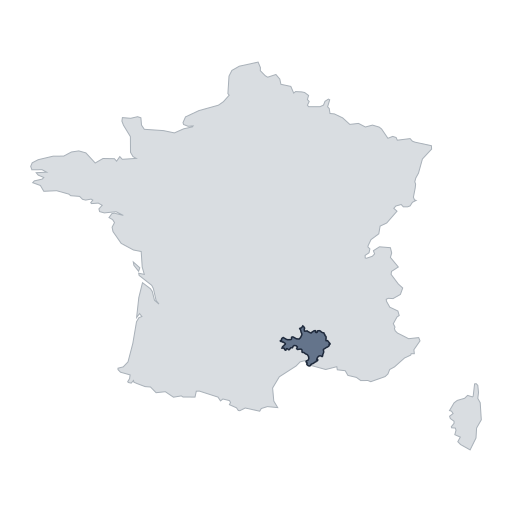 France, with Gard highlighted
{"feature_id": "FRA-5293", "entity_name": "Gard", "entity_type": "Metropolitan department", "adm_level": 1, "iso_a3": "FRA", "parent_name": "France", "parent_adm1": "", "projection": "natural_earth1", "projection_center": [4.221, 43.959], "detail": "fine", "context": "in_parent", "style": "filled", "palette": "slate", "viewbox_px": 512, "rotation_deg": 0, "n_neighbors": 0, "source": "natural_earth", "source_scale": "10m", "svg_char_len": 7113}
<svg xmlns="http://www.w3.org/2000/svg" viewBox="0 0 512 512"><path d="M416.1,200.4L412.4,202.3L410.1,205.9L407.7,206.8L403.3,206.8L401.2,204.5L395.9,206.0L393.8,208.3L397.0,211.2L386.7,223.0L380.1,226.1L378.8,233.8L371.0,239.6L368.1,245.7L367.9,246.9L369.9,248.9L369.0,252.8L365.1,255.4L365.2,257.9L366.3,258.3L372.3,256.3L374.6,253.9L373.4,250.7L379.5,246.8L390.4,247.7L391.7,253.0L390.4,257.4L398.3,267.0L391.5,271.4L391.1,274.4L398.3,284.0L402.7,288.0L400.4,294.4L393.0,298.6L388.3,298.3L386.2,299.3L386.5,301.3L389.8,307.2L397.9,311.0L399.2,315.5L397.0,317.0L393.3,323.7L395.0,327.1L394.4,328.5L395.2,330.8L397.4,333.0L408.6,338.7L418.7,337.6L420.0,340.9L413.9,349.7L414.3,353.7L411.2,353.7L410.7,355.1L404.5,358.0L394.5,366.9L389.7,369.5L387.9,374.0L385.1,376.6L370.7,381.7L367.9,380.5L360.8,380.6L356.4,377.4L347.9,375.4L345.2,370.7L337.3,369.8L336.8,366.7L325.7,369.5L310.1,365.2L304.7,360.7L300.1,361.9L296.1,366.0L279.3,376.8L272.6,388.0L273.8,401.1L277.7,407.6L267.4,406.6L261.3,408.5L259.7,411.2L245.2,408.0L239.8,410.7L238.3,410.5L236.5,407.8L229.4,404.7L230.5,402.5L229.5,400.6L222.9,399.0L220.5,400.9L218.0,397.1L199.4,391.1L196.3,391.2L195.0,397.1L183.0,397.0L181.3,395.9L173.5,397.2L165.3,391.7L156.1,392.7L150.5,387.0L145.1,386.6L137.4,383.7L133.9,382.2L133.5,380.5L131.2,383.1L128.3,382.5L127.7,381.7L129.6,378.6L130.1,374.9L120.5,372.2L118.0,369.6L118.0,368.2L123.2,366.9L128.0,361.9L132.8,343.5L136.5,321.8L138.9,317.7L141.9,316.5L139.6,313.6L136.6,317.5L138.8,297.6L142.5,282.7L150.5,288.8L152.3,291.5L154.5,300.3L159.0,304.1L156.1,300.5L153.4,288.6L151.7,285.3L139.1,275.4L138.7,273.2L144.3,274.4L142.2,267.0L141.2,251.5L133.5,250.0L121.2,243.4L113.0,231.6L112.1,227.2L114.5,222.6L112.6,219.6L109.0,217.6L111.9,213.6L114.5,213.2L123.3,215.4L116.1,211.7L104.3,212.9L99.6,211.6L98.9,208.9L102.2,205.3L98.3,203.1L91.5,203.6L90.7,202.7L92.8,200.1L91.1,199.1L85.6,200.1L82.5,199.3L79.6,196.4L70.7,195.7L68.8,194.1L56.6,190.7L43.8,191.3L40.4,185.5L32.7,182.7L34.3,180.9L42.2,179.1L43.8,177.5L38.2,175.1L36.2,172.7L46.7,172.2L42.1,169.7L31.9,169.8L30.7,166.4L32.2,162.8L38.2,159.7L53.0,156.2L63.7,156.1L71.4,152.0L78.8,150.9L85.9,152.9L95.2,163.0L103.0,158.5L114.4,158.7L116.6,161.2L119.8,156.6L122.3,159.3L136.2,158.4L133.0,156.6L130.5,152.3L130.4,136.6L123.5,125.3L121.9,121.1L122.4,117.6L130.7,118.3L137.6,116.7L140.9,117.8L141.5,125.1L144.3,129.3L163.4,130.6L174.4,132.9L183.7,128.8L192.4,126.9L193.1,125.9L188.1,126.3L183.6,124.5L183.0,122.6L185.5,116.9L198.9,110.6L218.4,105.2L223.4,101.7L229.2,95.2L227.9,93.6L229.0,76.1L231.9,70.4L239.3,66.2L258.1,62.1L260.4,67.6L260.3,70.7L265.2,75.7L267.7,77.2L275.9,74.5L279.8,79.1L280.9,84.3L290.8,86.4L293.7,93.1L295.5,91.6L301.7,91.9L304.6,92.5L308.6,95.5L307.4,99.5L309.2,101.5L307.4,105.2L308.7,106.7L320.0,106.7L323.5,105.1L325.0,101.3L328.4,99.1L329.7,99.8L327.6,106.8L329.2,108.5L330.0,113.5L334.3,113.9L342.7,117.9L349.8,124.4L358.5,123.4L365.4,127.0L372.5,125.1L379.2,127.1L381.6,129.0L387.9,138.3L392.7,136.4L396.1,137.5L397.3,140.2L410.1,138.6L412.4,141.2L415.1,142.2L431.4,145.7L431.6,149.1L422.4,159.0L418.5,173.1L415.8,178.0L414.8,181.7L415.6,184.2L415.2,188.0L413.4,197.2L414.5,199.9L416.1,200.4ZM478.5,392.5L477.8,398.4L480.2,402.7L481.3,419.8L476.6,428.0L476.0,438.0L470.1,449.9L460.6,444.6L457.8,441.7L460.3,437.1L454.8,434.7L456.0,430.3L455.4,428.1L451.6,427.8L451.3,426.7L454.1,423.3L454.0,421.2L450.3,418.5L449.6,416.2L453.1,413.5L451.4,411.1L449.5,410.6L454.1,402.8L457.3,400.4L464.6,398.3L467.6,395.4L472.4,396.9L473.2,396.2L474.6,383.9L476.2,383.7L477.8,385.4L478.5,392.5ZM139.8,267.8L138.6,271.3L133.9,265.3L133.3,262.0L139.8,267.8Z" fill="#d9dde1" stroke="#a8b0b8" stroke-width="1"/><path d="M309.6,366.0L308.8,365.9L308.1,365.6L307.2,364.9L306.7,364.0L307.2,363.1L306.4,362.3L306.2,362.0L306.2,361.0L307.9,360.3L308.8,358.8L308.6,356.7L307.5,354.8L307.1,354.5L305.6,353.9L303.8,352.5L302.4,352.4L302.1,352.2L302.0,351.8L302.0,350.4L301.9,349.9L301.5,349.4L301.1,349.2L300.0,349.1L297.6,349.5L296.6,348.7L297.4,346.9L296.1,345.7L294.1,345.5L292.9,346.5L292.7,347.4L292.4,347.8L292.0,347.8L291.3,347.7L290.6,347.9L289.7,349.2L289.2,349.7L288.5,349.7L287.5,348.8L286.9,348.6L286.4,348.8L286.2,349.2L286.1,349.7L285.8,350.2L285.4,350.2L285.1,350.0L284.7,349.6L284.2,348.4L283.7,348.1L282.0,348.1L282.5,346.8L282.8,346.5L283.1,346.2L283.7,345.8L283.9,345.6L284.2,345.1L285.3,344.3L285.3,344.2L285.4,343.7L285.2,343.4L284.9,343.2L284.2,342.7L283.7,342.3L283.5,342.1L283.2,342.1L282.6,342.1L282.4,342.0L282.1,341.8L282.0,341.5L281.8,341.4L281.5,341.4L281.2,341.5L280.9,341.5L280.7,341.4L280.4,341.2L280.3,340.8L280.6,340.6L281.2,340.3L281.5,340.1L281.6,339.7L281.5,339.2L281.6,338.9L282.1,338.2L283.2,337.5L286.5,339.4L287.7,339.7L290.8,339.6L291.4,339.2L291.6,338.4L291.5,337.7L291.6,337.2L292.5,336.9L293.2,337.0L296.4,338.8L298.8,339.0L299.1,339.0L300.5,337.6L301.7,335.2L301.9,334.3L301.8,333.7L301.0,331.9L300.8,330.6L300.7,330.2L299.7,328.6L300.2,328.1L301.2,328.0L301.7,327.6L302.6,326.2L302.8,325.9L303.7,326.6L304.2,327.5L304.6,328.0L304.6,328.4L304.5,328.6L304.3,328.8L304.2,329.2L304.3,329.7L304.4,331.0L304.6,331.2L304.9,331.2L305.4,331.1L305.7,331.1L306.0,331.1L306.3,331.1L306.8,330.9L307.2,330.9L307.3,331.1L307.5,331.3L307.8,331.5L308.1,331.6L310.3,332.8L310.7,332.9L311.0,332.9L311.3,332.9L311.5,332.7L311.9,332.2L312.1,332.0L312.9,331.6L313.6,331.0L313.9,330.9L314.9,330.6L315.3,330.6L315.5,330.8L315.6,331.1L315.6,331.3L315.5,331.6L315.5,331.9L315.6,332.2L316.0,332.5L316.3,332.6L316.7,332.5L317.0,332.4L317.2,332.2L317.3,331.9L317.3,331.7L317.3,331.2L317.5,330.9L317.8,330.8L318.8,330.7L319.6,330.7L320.5,331.1L320.7,331.3L320.8,331.5L321.1,331.7L321.2,331.8L321.3,332.0L321.6,332.2L322.5,332.6L323.9,332.9L324.2,333.9L324.6,334.3L324.8,334.6L324.9,334.8L324.9,335.1L324.9,335.4L325.0,335.6L325.5,336.0L325.8,336.3L326.0,336.6L326.1,337.8L326.1,338.2L326.0,338.6L326.0,338.8L325.9,338.9L325.9,339.1L325.9,339.3L326.0,340.5L326.2,340.8L326.3,340.8L326.6,340.7L326.9,340.6L327.2,340.6L327.4,340.7L327.6,340.7L327.8,340.9L329.3,342.8L329.9,343.4L330.0,343.6L330.1,343.8L330.0,344.1L329.9,344.3L329.7,344.3L329.4,344.2L329.1,344.3L329.1,344.7L329.2,345.3L329.1,345.6L328.9,345.9L328.7,346.2L328.5,346.3L328.1,346.6L327.9,346.7L327.8,346.8L327.6,347.0L326.5,347.4L326.2,347.6L324.9,348.5L324.0,349.0L323.6,349.3L323.4,349.5L323.4,349.8L323.4,350.3L323.5,350.5L323.7,351.6L323.7,351.8L323.7,352.1L323.6,352.5L323.2,353.6L322.7,354.7L322.6,354.9L322.6,355.0L322.7,355.3L322.7,355.5L322.5,356.2L322.4,356.4L322.3,356.5L322.2,356.5L321.9,356.5L321.8,356.4L321.5,356.3L321.3,356.1L320.3,355.8L320.1,355.8L319.9,355.8L318.9,356.1L318.2,356.6L317.4,357.7L317.3,358.0L317.1,358.4L317.0,358.6L316.8,359.1L316.7,359.3L316.8,359.5L317.0,359.7L317.3,359.7L317.7,359.7L317.8,359.8L317.8,360.0L317.6,360.5L317.4,360.8L317.1,360.9L316.6,361.0L316.4,361.0L316.2,361.1L316.1,361.3L316.0,361.7L315.9,361.8L315.2,362.0L313.7,363.1L313.2,363.4L312.9,363.6L312.1,363.7L311.9,363.9L311.7,364.1L311.4,364.3L311.1,364.3L310.9,364.4L310.8,364.6L310.7,365.0L310.4,365.6L309.6,366.0Z" fill="#64748b" stroke="#1e293b" stroke-width="1.5"/></svg>